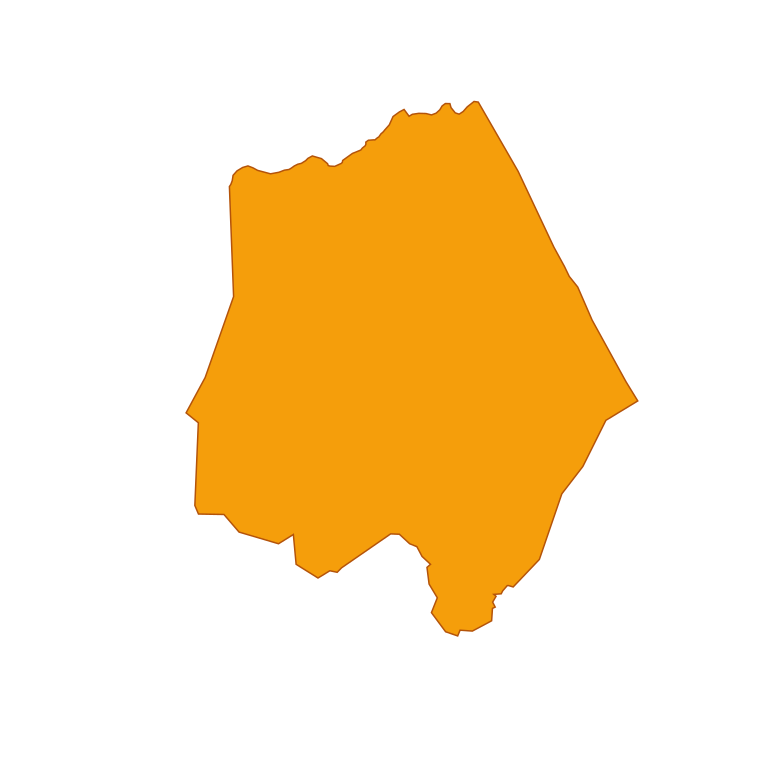 Ashe, North Carolina, United States of America (Albers equal-area conic projection), rotated 59°
{"feature_id": "52423323B47317028722188", "entity_name": "Ashe", "entity_type": "district", "adm_level": 2, "iso_a3": "USA", "parent_name": "United States of America", "parent_adm1": "North Carolina", "projection": "albers", "projection_center": [-81.548, 36.414], "detail": "fine", "context": "isolated", "style": "filled", "palette": "amber", "viewbox_px": 768, "rotation_deg": 59, "n_neighbors": 0, "source": "geoboundaries", "source_scale": "gbopen_adm2", "svg_char_len": 1598}
<svg xmlns="http://www.w3.org/2000/svg" viewBox="0 0 768 768"><g transform="rotate(59 384 384)"><path d="M634.4,445.3L641.3,435.5L642.4,413.7L632.2,406.6L632.5,403.6L626.9,403.2L623.7,397.3L620.9,398.2L624.2,391.6L622.4,388.7L620.3,382.2L620.8,381.2L624.5,377.8L614.4,341.2L569.7,288.1L557.1,256.0L529.4,212.5L529.2,175.2L506.7,175.4L436.4,172.7L400.7,168.0L387.2,169.8L376.3,168.8L354.2,167.9L270.8,159.5L190.9,158.0L188.2,161.3L189.3,169.9L191.2,175.8L191.4,180.6L188.3,183.3L181.6,184.2L177.6,183.1L175.2,187.0L175.6,191.0L177.7,194.9L178.7,199.8L177.8,204.7L173.8,208.7L169.9,214.8L167.4,220.8L167.4,224.6L159.0,225.4L158.7,230.7L159.4,238.5L164.6,246.0L166.7,252.7L167.2,254.0L167.7,255.7L167.9,257.5L169.6,261.4L169.5,262.6L170.1,266.1L169.4,267.1L167.3,271.3L167.0,271.8L167.3,275.0L169.1,276.0L170.1,277.4L170.6,281.0L171.5,283.4L170.1,292.3L171.1,304.3L172.6,305.6L172.9,307.1L172.1,314.1L169.3,318.2L168.0,319.3L166.1,318.9L158.6,321.5L151.6,328.0L151.4,333.0L152.2,336.1L152.3,341.2L151.2,344.7L150.9,348.7L151.2,352.2L151.2,354.9L149.4,359.3L148.4,365.0L145.4,373.0L135.8,382.3L131.2,385.0L127.0,388.3L125.6,393.6L125.6,400.2L127.4,405.9L131.6,409.4L134.1,412.6L135.1,414.8L231.6,467.9L286.3,533.9L306.8,568.5L321.6,563.1L390.7,608.7L399.9,610.0L413.4,588.4L436.3,584.5L466.6,556.7L466.3,539.2L493.3,552.2L516.3,540.5L516.2,526.6L521.3,521.1L519.7,515.0L515.9,455.5L520.7,448.2L534.1,444.3L540.4,439.6L551.4,440.2L562.5,437.0L563.3,441.6L578.7,448.4L594.7,448.4L604.4,461.1L628.1,458.8L637.9,450.6L634.2,445.6L634.4,445.3Z" fill="#f59e0b" stroke="#b45309" stroke-width="1.5"/></g></svg>